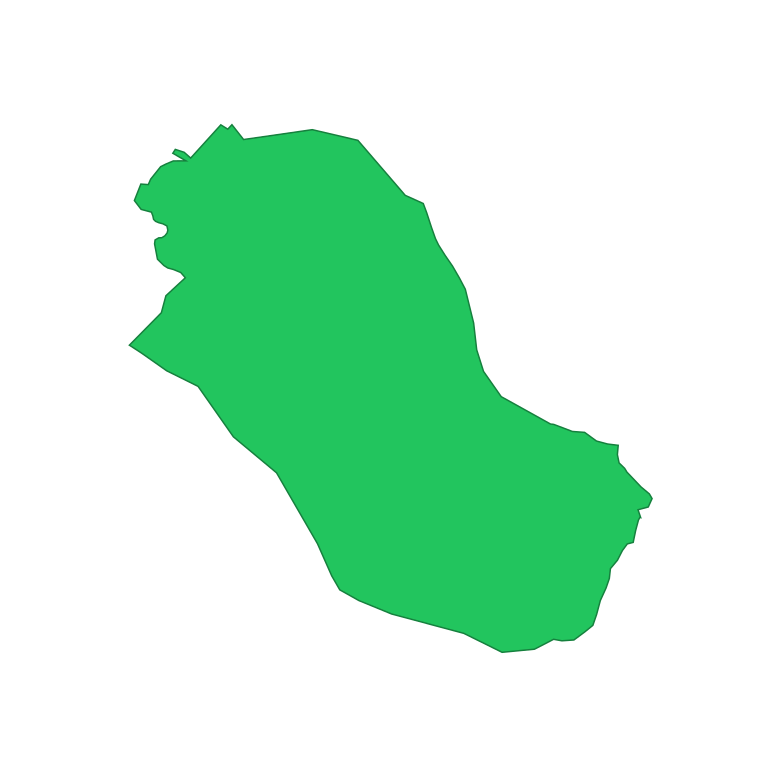 outline of Penampang, Sabah, Malaysia, rotated 15°
{"feature_id": "92858781B3711047407086", "entity_name": "Penampang", "entity_type": "district", "adm_level": 2, "iso_a3": "MYS", "parent_name": "Malaysia", "parent_adm1": "Sabah", "projection": "mercator", "projection_center": [116.197, 5.858], "detail": "fine", "context": "isolated", "style": "filled", "palette": "green", "viewbox_px": 768, "rotation_deg": 15, "n_neighbors": 0, "source": "geoboundaries", "source_scale": "gbopen_adm2", "svg_char_len": 1464}
<svg xmlns="http://www.w3.org/2000/svg" viewBox="0 0 768 768"><g transform="rotate(15 384 384)"><path d="M567.5,612.6L598.0,601.2L613.9,586.7L622.3,586.0L633.7,582.1L642.1,571.5L648.2,563.1L649.0,551.7L649.0,537.2L651.3,523.5L652.0,513.6L650.5,503.7L655.1,493.8L657.4,483.1L660.4,475.5L665.7,472.5L665.0,460.3L665.0,449.6L665.7,446.6L666.5,446.6L661.9,439.7L671.1,434.4L672.6,425.3L668.8,421.5L658.9,416.9L641.4,406.2L638.3,403.2L631.5,399.4L627.7,391.8L626.1,382.6L615.5,384.1L604.0,384.1L590.3,378.8L578.2,381.1L558.6,379.1L557.4,379.2L555.3,379.6L500.5,365.9L476.9,346.1L464.7,327.0L454.8,301.9L438.0,271.4L429.6,262.3L419.7,252.4L409.8,244.0L400.7,235.6L396.1,230.3L389.3,220.4L380.9,207.5L375.2,199.5L355.7,196.3L295.7,155.4L248.9,156.9L185.1,184.2L170.0,172.9L167.1,178.3L159.3,175.9L138.8,215.8L131.0,211.9L121.7,211.4L120.3,215.8L134.9,219.7L122.7,223.1L116.4,228.0L112.0,231.9L105.6,246.5L104.7,252.4L97.4,253.8L95.4,271.4L104.2,278.2L109.5,278.2L114.9,278.2L117.3,281.6L118.8,284.6L121.2,286.0L124.7,286.5L129.0,286.5L133.4,287.5L135.4,291.4L135.4,294.3L133.9,297.7L131.5,300.2L128.6,301.1L125.6,304.1L126.1,308.0L132.9,322.1L140.7,326.5L145.1,327.9L151.0,327.9L158.8,328.9L164.6,332.8L150.5,355.2L150.5,372.8L128.0,412.4L141.8,416.9L170.7,427.5L205.0,434.4L252.2,474.0L303.2,497.6L319.2,513.6L361.1,555.5L383.2,582.9L394.6,594.3L415.9,599.7L451.0,604.2L499.7,604.2L525.6,604.2L567.5,612.6Z" fill="#22c55e" stroke="#15803d" stroke-width="1.5"/></g></svg>